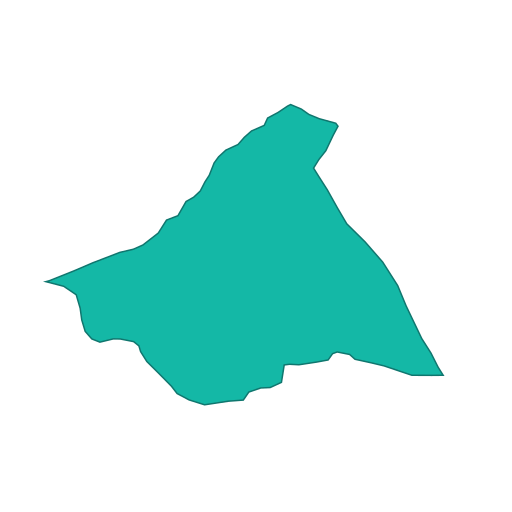 Robertsfors, Västerbotten, Sweden, rotated 189°
{"feature_id": "70781695B17714148738486", "entity_name": "Robertsfors", "entity_type": "district", "adm_level": 2, "iso_a3": "SWE", "parent_name": "Sweden", "parent_adm1": "Västerbotten", "projection": "robinson", "projection_center": [20.776, 64.169], "detail": "fine", "context": "isolated", "style": "filled", "palette": "teal", "viewbox_px": 512, "rotation_deg": 189, "n_neighbors": 0, "source": "geoboundaries", "source_scale": "gbopen_adm2", "svg_char_len": 1231}
<svg xmlns="http://www.w3.org/2000/svg" viewBox="0 0 512 512"><g transform="rotate(189 256 256)"><path d="M52.5,167.5L58.7,174.6L68.0,187.5L79.4,200.4L100.0,230.3L111.4,248.9L129.9,269.8L150.6,287.1L171.4,302.0L183.4,316.6L195.9,332.5L206.3,344.2L212.9,351.8L209.0,361.1L203.5,370.9L198.6,387.5L195.3,397.0L198.0,399.6L215.0,401.5L225.9,404.1L234.2,408.2L245.5,411.0L248.3,409.0L256.7,401.2L266.1,394.1L268.3,386.3L280.0,378.8L286.1,371.4L291.2,363.3L302.3,355.9L308.4,348.2L311.9,341.4L314.8,328.4L318.0,321.2L321.2,311.5L326.8,304.3L333.6,298.9L339.4,283.6L350.0,277.5L356.1,263.4L363.3,255.7L369.4,249.2L378.2,243.5L391.0,238.3L404.3,230.6L415.9,223.9L433.7,212.7L456.4,199.2L459.5,197.8L441.2,196.0L427.5,189.6L421.5,176.9L418.1,165.6L412.9,154.8L405.2,148.4L396.7,146.5L384.0,151.8L377.2,152.8L363.5,152.3L357.6,148.9L355.0,143.5L347.3,134.7L333.7,124.9L319.2,114.2L312.4,107.8L299.6,103.4L283.5,101.0L260.5,108.3L246.0,111.7L241.8,120.5L230.7,126.4L221.4,128.3L211.1,135.2L211.1,144.0L211.1,152.8L206.0,154.3L196.6,155.3L179.6,160.7L168.5,164.6L165.1,171.5L160.8,173.9L148.1,173.4L142.1,169.5L125.1,168.5L112.3,167.5L95.3,164.6L83.4,162.6L63.8,165.6L52.5,167.5Z" fill="#14b8a6" stroke="#0f766e" stroke-width="1.5"/></g></svg>